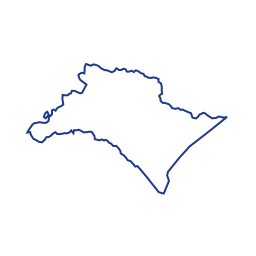 outline of Turvo, Santa Catarina, Brazil, rotated 167°
{"feature_id": "56859067B30250296279332", "entity_name": "Turvo", "entity_type": "district", "adm_level": 2, "iso_a3": "BRA", "parent_name": "Brazil", "parent_adm1": "Santa Catarina", "projection": "equal_earth", "projection_center": [-49.676, -28.894], "detail": "fine", "context": "isolated", "style": "outline", "palette": "blue", "viewbox_px": 256, "rotation_deg": 167, "n_neighbors": 0, "source": "geoboundaries", "source_scale": "gbopen_adm2", "svg_char_len": 2391}
<svg xmlns="http://www.w3.org/2000/svg" viewBox="0 0 256 256"><g transform="rotate(167 128 128)"><path d="M202.3,158.7L202.8,155.5L203.9,152.7L206.5,151.5L208.8,151.9L211.1,152.8L212.9,153.5L215.6,153.6L218.5,153.7L220.7,152.5L222.4,150.9L224.3,149.2L225.7,147.9L227.0,146.2L224.4,146.1L224.0,142.5L222.5,138.6L219.9,136.6L217.8,134.5L215.1,133.4L212.1,135.0L209.6,137.4L206.9,137.1L204.5,138.1L202.2,139.5L199.7,140.3L198.3,138.1L196.1,137.5L193.1,137.2L190.8,137.3L189.1,136.5L186.0,136.8L183.9,138.4L182.4,135.2L181.1,138.0L178.9,137.4L176.4,137.4L173.7,135.2L172.2,133.7L170.4,133.5L168.5,133.1L166.3,133.1L164.2,132.4L163.4,130.1L162.5,127.9L162.8,124.5L160.9,123.7L158.9,122.5L156.0,122.7L154.1,121.2L152.2,121.5L150.7,119.8L149.8,117.9L148.0,116.6L146.3,113.7L143.5,113.2L141.8,110.5L140.7,107.7L140.7,104.8L138.1,102.2L136.5,99.2L135.5,96.6L132.9,95.1L131.3,92.3L129.6,88.8L127.3,88.7L121.5,77.5L112.5,58.6L109.5,56.8L107.8,56.2L101.5,65.1L100.0,67.2L100.2,69.9L100.6,73.0L98.8,76.4L84.5,87.6L74.6,94.4L72.5,96.0L53.4,104.8L29.0,116.5L31.4,116.5L33.4,117.0L35.6,118.2L37.6,118.8L39.2,118.0L41.3,118.2L43.9,118.5L46.0,120.7L47.8,122.5L49.5,124.9L51.4,125.9L53.6,125.2L55.4,125.0L56.9,123.4L59.5,122.0L62.8,123.6L63.3,128.3L65.5,129.7L67.9,131.5L70.6,133.6L72.5,133.8L74.5,136.0L77.8,136.1L80.6,137.5L81.3,139.6L83.0,142.1L84.9,143.2L86.5,144.2L88.4,144.6L90.1,147.0L89.8,149.8L90.5,152.2L88.9,153.2L87.1,153.7L86.8,156.4L85.8,160.7L85.8,164.0L87.9,166.1L87.2,168.9L89.9,170.7L91.6,171.5L94.1,171.6L96.8,172.3L98.1,173.8L100.0,174.7L100.7,177.2L103.0,178.5L104.6,180.3L106.0,181.7L107.8,182.4L109.6,181.2L111.8,183.0L114.5,182.7L116.4,183.2L117.1,185.7L118.8,186.7L121.4,186.1L123.6,186.5L125.9,188.8L128.3,186.6L131.2,186.0L133.5,187.5L135.2,188.8L138.0,189.9L140.8,192.2L142.9,195.2L145.1,196.7L147.2,197.7L150.3,197.1L152.6,198.6L154.5,199.8L156.4,197.4L157.5,193.2L158.3,191.0L160.3,192.2L162.1,191.9L164.3,191.1L164.4,188.0L163.5,185.3L158.7,179.7L164.7,172.7L166.7,172.5L169.3,174.3L171.7,176.2L174.4,176.8L175.8,174.6L177.6,174.6L179.1,173.5L181.3,173.8L184.2,174.9L185.3,171.6L185.6,168.1L185.8,165.4L187.8,164.5L189.5,164.1L191.2,163.8L193.0,162.9L194.7,161.2L196.4,162.7L198.2,162.2L198.9,158.5L200.9,157.1L202.3,158.7ZM202.3,158.7L202.9,161.9L204.7,161.4L206.3,159.7L207.4,157.7L206.1,156.0L204.1,157.2L202.3,158.7Z" fill="none" stroke="#1e3a8a" stroke-width="2"/></g></svg>